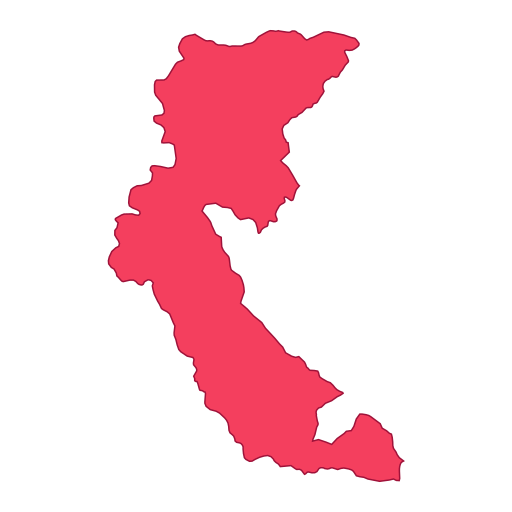 Shumer, Pemagatsel, Bhutan (Robinson projection)
{"feature_id": "84629894B11783061729770", "entity_name": "Shumer", "entity_type": "district", "adm_level": 2, "iso_a3": "BTN", "parent_name": "Bhutan", "parent_adm1": "Pemagatsel", "projection": "robinson", "projection_center": [91.402, 27.089], "detail": "fine", "context": "isolated", "style": "filled", "palette": "rose", "viewbox_px": 512, "rotation_deg": 0, "n_neighbors": 0, "source": "geoboundaries", "source_scale": "gbopen_adm2", "svg_char_len": 6024}
<svg xmlns="http://www.w3.org/2000/svg" viewBox="0 0 512 512"><path d="M151.2,280.5L153.3,282.9L152.3,285.9L153.1,289.8L154.3,294.2L157.7,301.2L159.5,304.2L161.5,308.5L163.3,309.8L167.2,311.8L169.7,313.9L173.4,322.9L174.9,325.9L174.1,332.8L174.2,335.2L175.9,339.5L177.2,344.9L178.8,349.5L180.7,351.7L187.2,356.1L193.0,357.5L194.0,359.4L193.4,363.1L193.6,364.8L196.0,367.7L196.7,369.4L196.7,370.9L193.7,376.2L194.7,378.6L194.7,380.7L195.6,381.4L197.0,381.5L197.8,383.4L199.5,389.5L200.0,390.3L202.4,390.7L204.1,391.9L205.0,392.0L205.5,393.5L204.9,401.6L204.9,403.3L206.1,406.3L210.2,409.6L216.1,411.2L219.6,413.1L224.7,417.9L226.5,420.1L228.0,423.0L228.7,426.4L229.0,430.3L230.0,432.8L232.3,434.7L233.7,436.1L234.8,438.9L235.1,441.0L236.6,442.3L239.7,442.9L241.2,443.7L242.3,445.0L243.1,446.7L243.1,449.2L243.5,453.5L244.4,457.7L245.9,459.4L249.5,461.3L252.1,461.1L255.2,459.3L259.5,457.3L263.9,456.0L267.7,455.5L271.1,456.7L273.5,459.2L274.1,460.6L275.9,462.4L278.5,464.1L280.3,466.6L291.0,465.6L294.9,468.4L296.5,469.4L299.6,469.3L301.5,470.3L304.5,474.3L305.6,473.8L307.2,472.2L308.6,472.0L311.9,472.8L314.8,472.7L316.9,471.6L319.0,468.5L320.7,467.7L323.4,467.8L324.6,468.5L327.5,469.0L329.3,468.6L330.8,467.9L332.3,467.8L337.7,469.5L340.9,468.4L343.8,468.0L348.6,468.9L351.6,469.9L353.4,471.3L356.4,475.8L359.8,476.7L363.9,477.3L367.9,479.0L379.6,481.3L389.3,480.0L393.5,479.0L396.3,480.4L399.2,480.6L399.7,478.5L399.4,471.2L399.4,468.8L399.7,466.4L400.2,464.5L401.0,462.8L402.0,461.9L403.6,461.0L399.3,457.7L397.1,454.6L396.1,452.2L393.5,448.4L392.8,445.6L392.7,442.0L392.2,437.3L391.4,434.1L389.4,433.3L386.6,430.8L382.2,428.2L380.2,423.7L370.8,416.7L368.8,415.5L366.0,414.7L362.2,414.1L359.8,414.1L356.3,419.0L353.9,426.4L351.3,430.6L346.3,431.3L344.2,433.5L337.2,438.5L331.7,444.4L325.9,442.1L318.5,439.6L312.6,441.1L313.0,439.2L314.9,434.6L316.7,427.1L317.9,424.9L318.1,424.0L318.0,423.1L317.3,420.9L316.3,415.6L316.4,414.3L316.1,413.0L316.1,411.7L316.6,410.1L318.5,408.0L321.4,407.1L325.3,403.3L331.6,400.7L337.2,396.7L340.5,395.1L343.1,393.3L342.7,392.5L339.7,391.3L336.9,389.7L334.8,387.6L333.0,385.3L330.3,382.7L327.2,381.6L322.0,378.6L319.8,377.0L319.1,375.3L318.5,372.6L317.7,371.1L314.1,370.5L310.0,370.3L309.1,369.6L307.9,368.1L306.8,367.4L306.3,366.4L305.6,364.3L304.5,362.1L298.8,356.6L295.6,357.4L291.6,356.2L285.6,352.8L282.7,347.1L279.5,343.9L274.8,338.3L265.4,328.2L261.8,322.6L253.5,315.9L247.2,309.0L240.6,303.4L241.0,301.2L244.2,291.9L243.9,287.8L243.4,284.8L242.1,280.5L240.6,277.1L239.2,275.4L235.5,273.2L231.6,270.3L230.9,269.1L230.1,265.8L229.4,259.8L229.1,258.0L228.5,256.5L224.7,252.3L223.1,249.9L221.9,247.2L221.7,246.3L221.2,237.3L219.5,236.5L215.7,234.2L211.8,225.7L210.7,222.4L209.9,221.0L207.5,217.6L202.0,211.0L202.6,210.0L203.6,207.6L204.9,205.4L206.2,204.4L215.8,203.2L222.5,207.1L227.5,207.5L231.2,208.4L233.0,211.1L235.1,214.8L238.0,217.9L240.5,219.6L248.8,217.9L253.1,219.6L255.7,222.5L257.4,227.9L258.0,232.0L258.5,233.2L259.4,233.1L260.4,232.2L261.4,229.9L263.0,228.3L264.9,227.1L267.1,226.3L267.7,225.4L268.3,221.8L269.3,220.7L270.5,220.7L273.4,221.7L275.2,221.7L276.7,221.0L277.0,220.2L277.0,218.9L276.0,216.6L275.6,215.3L275.5,213.7L276.0,212.4L276.6,210.7L279.4,205.7L281.2,204.3L283.5,203.1L284.8,202.0L284.9,200.6L284.2,198.4L284.4,197.2L285.3,197.0L286.7,197.4L290.7,200.3L291.7,200.5L292.9,199.9L293.6,198.1L294.5,194.6L296.0,190.2L296.7,189.0L299.4,185.8L298.6,185.1L296.9,182.8L292.8,175.5L288.2,167.8L286.2,165.7L283.0,163.1L280.6,160.6L289.3,152.1L288.1,142.7L286.3,142.2L285.6,139.9L284.1,138.0L282.8,133.9L282.2,128.9L283.8,125.4L287.9,122.7L289.8,119.7L291.8,117.7L295.8,117.0L297.2,116.1L298.2,114.6L302.0,112.4L306.1,108.0L307.4,107.6L310.8,107.5L311.7,107.0L312.5,105.8L313.0,104.1L314.5,103.4L316.3,103.0L317.3,102.2L320.2,97.2L322.8,93.6L324.0,91.2L323.1,88.8L322.8,86.7L323.1,84.5L323.5,83.3L325.0,81.2L327.3,79.5L328.6,79.2L330.2,78.0L331.1,77.0L332.1,76.4L335.9,77.2L337.0,77.0L338.4,76.1L338.9,74.9L340.4,72.1L342.4,69.9L345.2,65.2L348.3,61.9L348.5,60.7L346.8,56.5L344.7,52.3L344.7,50.8L346.1,50.0L349.3,50.4L352.1,50.1L354.5,48.9L356.5,47.5L358.2,46.0L358.9,45.0L359.0,43.4L356.5,40.0L354.8,38.3L350.8,37.4L343.9,35.0L328.7,31.8L323.9,32.2L313.2,37.3L309.9,38.4L308.2,39.5L306.6,40.0L304.7,38.7L301.3,34.9L300.3,34.1L297.4,32.9L296.7,32.1L295.7,31.4L294.4,31.0L292.2,31.0L290.0,32.2L289.0,32.3L287.2,32.2L279.2,31.0L278.3,30.7L277.0,31.1L275.5,31.3L273.5,30.9L270.6,30.7L269.5,30.9L266.4,32.3L259.3,36.3L258.5,36.9L255.9,40.0L254.7,41.2L252.8,42.5L250.7,43.3L246.1,44.1L244.6,44.6L242.8,45.7L241.1,46.1L232.2,46.0L230.0,46.5L228.8,46.4L225.9,45.3L223.5,45.0L218.5,45.0L217.4,44.7L215.7,43.9L213.6,41.9L212.1,41.1L210.0,40.7L207.4,40.9L205.8,40.7L204.3,40.0L196.5,35.4L195.0,34.3L192.4,35.0L189.2,35.5L185.4,36.7L182.4,38.8L179.8,43.6L178.6,47.2L179.3,51.2L184.0,58.2L183.7,59.6L181.3,60.8L177.5,62.2L175.5,64.2L168.4,76.0L166.2,78.8L164.0,80.0L156.6,80.1L155.2,81.5L154.5,84.8L154.6,92.1L155.7,95.2L162.5,103.5L164.4,110.5L164.0,113.2L161.9,115.0L154.9,115.9L153.9,117.0L153.8,118.4L154.1,121.1L156.5,123.1L160.9,124.9L163.9,127.6L165.2,131.6L161.8,141.0L161.9,142.7L163.7,142.9L169.2,142.6L172.7,144.0L174.3,145.1L176.2,158.5L175.0,164.6L173.1,167.3L168.1,168.2L160.5,166.5L154.5,165.7L152.1,165.9L150.7,167.4L150.2,170.0L152.5,172.9L152.4,175.9L151.6,180.4L148.9,183.2L141.4,185.5L137.1,185.8L133.4,187.7L131.0,189.7L129.1,197.0L128.7,202.9L129.4,205.8L132.3,207.8L137.5,209.9L139.6,211.3L140.1,213.6L138.6,215.3L135.4,214.9L132.1,213.9L124.0,214.1L121.5,215.0L115.5,218.5L115.3,219.7L116.6,221.4L118.1,222.8L117.0,227.7L114.9,230.4L114.8,235.0L116.9,238.6L118.4,240.6L119.5,243.6L118.7,246.4L115.8,247.8L111.8,251.5L109.3,256.9L108.4,260.7L108.7,263.9L111.3,267.4L114.0,269.0L116.3,273.0L116.9,276.0L118.2,277.1L120.7,280.0L122.1,281.3L123.3,281.6L129.9,280.1L133.5,280.1L135.9,281.5L137.7,283.5L139.0,284.4L141.2,285.0L142.2,284.9L143.3,284.2L144.4,281.8L147.9,279.8L149.1,279.9L151.2,280.5Z" fill="#f43f5e" stroke="#9f1239" stroke-width="1.5"/></svg>